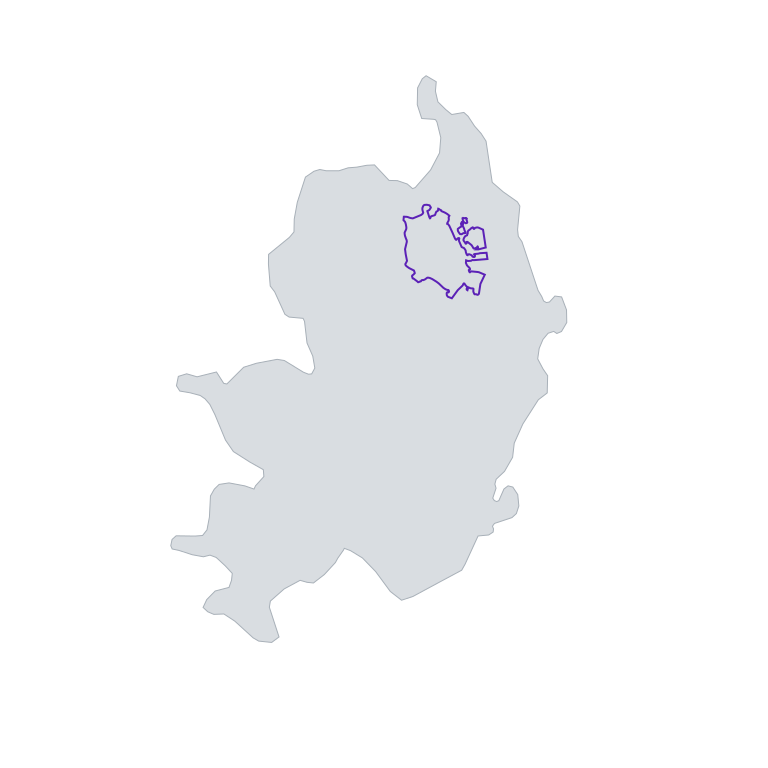 where Fribourg sits in Switzerland, rotated 121°
{"feature_id": "CHE-3421", "entity_name": "Fribourg", "entity_type": "Canton", "adm_level": 1, "iso_a3": "CHE", "parent_name": "Switzerland", "parent_adm1": "", "projection": "albers", "projection_center": [7.007, 46.724], "detail": "fine", "context": "in_parent", "style": "outline", "palette": "violet", "viewbox_px": 768, "rotation_deg": 121, "n_neighbors": 0, "source": "natural_earth", "source_scale": "10m", "svg_char_len": 6878}
<svg xmlns="http://www.w3.org/2000/svg" viewBox="0 0 768 768"><g transform="rotate(121 384 384)"><path d="M547.2,247.4L551.1,249.7L560.3,257.6L558.6,271.7L549.1,294.5L544.2,312.9L544.1,326.9L545.3,333.4L547.2,333.2L557.1,333.9L562.1,333.7L578.0,337.0L590.9,342.0L593.6,347.8L595.5,354.8L611.0,364.0L628.6,369.6L634.4,367.3L654.9,343.7L663.4,347.2L668.9,359.0L669.0,365.4L664.1,389.8L663.6,402.8L669.1,411.2L670.0,417.8L668.7,424.0L660.1,424.9L648.4,422.1L638.2,412.1L630.8,413.6L624.5,416.5L621.6,426.5L619.1,438.5L620.3,445.0L625.1,449.8L629.1,460.4L632.3,474.2L634.5,480.6L632.4,483.5L626.4,485.6L621.2,484.0L611.7,467.7L607.3,461.5L600.2,460.6L588.0,465.1L569.3,475.1L561.6,475.3L555.0,473.6L548.6,465.9L543.0,450.8L541.0,441.3L537.4,441.7L525.2,439.3L519.6,443.3L520.0,458.9L519.5,478.3L513.7,491.0L497.3,513.2L491.2,522.8L488.9,529.7L488.5,535.6L491.4,545.7L495.2,555.4L492.4,561.0L483.4,564.2L476.9,558.4L474.1,547.9L460.0,533.8L466.0,521.7L464.9,518.7L441.9,512.9L431.9,504.0L417.9,488.3L415.2,481.5L415.4,459.2L414.5,453.8L412.6,451.2L406.0,451.5L396.8,459.4L388.5,471.1L371.2,484.4L369.4,487.2L375.5,499.8L375.3,504.8L361.3,525.2L358.6,532.0L340.6,544.9L332.3,549.7L307.0,540.6L300.0,539.5L288.8,545.9L272.9,551.9L247.1,557.9L237.7,553.6L233.2,549.5L231.0,543.4L224.5,532.5L217.2,526.1L212.2,519.1L205.4,511.4L201.1,505.0L206.9,484.5L202.8,477.3L200.6,467.1L201.8,460.1L199.5,458.4L176.5,454.3L157.3,455.4L143.6,462.2L132.3,473.4L130.9,475.9L131.6,477.9L137.0,488.4L127.5,499.3L112.9,507.7L102.6,508.4L98.1,506.7L98.0,494.9L106.6,490.7L114.4,483.1L117.0,472.3L118.1,464.7L110.1,455.4L111.2,449.8L116.3,439.2L119.3,429.7L123.3,421.6L139.3,408.4L155.4,395.1L157.9,380.8L159.2,363.4L161.5,359.2L182.9,349.0L188.3,344.9L191.0,339.0L207.8,319.5L224.4,300.2L227.8,293.8L230.6,290.0L230.6,286.8L228.5,284.4L220.6,282.8L217.9,276.6L226.5,265.7L237.2,259.0L247.6,258.9L251.7,261.9L251.5,265.6L256.0,269.5L263.9,270.7L273.6,269.3L283.3,265.2L289.2,255.4L292.6,248.0L307.6,239.5L318.0,243.6L346.7,244.4L367.6,241.9L380.6,236.0L396.8,235.7L407.8,238.8L409.7,238.3L412.7,237.4L415.6,234.3L425.8,232.0L427.1,229.4L426.7,226.8L424.8,225.5L412.2,227.1L407.4,225.2L406.0,220.5L409.9,212.4L419.1,205.6L426.9,203.8L432.6,205.5L446.6,217.5L450.0,217.8L451.8,215.5L454.7,214.2L459.5,216.5L465.0,224.0L465.9,225.1L496.7,221.7L503.6,221.5L524.9,234.2L547.2,247.4Z" fill="#d9dde1" stroke="#a8b0b8" stroke-width="1"/><path d="M257.8,349.1L259.0,349.4L259.4,349.8L259.5,350.1L259.6,351.3L260.4,352.5L260.2,353.2L258.9,354.9L258.2,355.4L256.5,356.2L256.3,356.5L256.3,357.0L257.0,358.3L257.3,359.0L257.5,359.8L257.6,361.0L257.9,362.9L257.7,363.9L257.4,364.9L256.5,366.8L256.6,367.3L257.0,367.5L257.6,367.5L259.0,367.3L265.5,369.1L275.6,370.0L276.3,374.2L275.7,375.7L274.5,376.7L273.7,377.1L273.0,377.1L272.5,376.8L272.3,376.6L272.4,376.1L272.2,375.9L271.4,375.8L270.5,376.6L270.3,377.2L270.7,378.0L271.1,379.9L271.0,382.6L269.6,388.8L269.3,391.7L269.2,396.6L269.5,399.3L270.0,400.7L270.3,401.3L270.7,401.7L272.9,402.6L273.5,402.9L274.7,403.8L275.2,404.8L275.6,405.1L276.1,405.3L276.6,405.2L277.0,405.3L277.4,405.6L277.7,406.0L278.0,406.3L278.5,406.5L279.0,406.9L279.2,407.2L278.9,408.5L278.4,413.1L278.7,413.8L278.2,414.4L277.1,415.6L276.2,415.6L275.0,415.1L273.2,414.7L272.6,415.2L271.3,416.8L271.7,422.2L271.5,424.8L271.2,426.4L270.6,427.2L270.1,427.5L268.9,427.5L266.6,427.7L261.5,432.3L257.6,435.4L250.3,437.7L249.0,438.7L248.1,440.0L246.1,442.4L244.7,443.6L243.6,444.3L239.9,444.7L238.9,445.1L238.1,445.6L235.9,447.5L234.6,448.9L234.2,449.5L234.0,450.0L233.5,451.7L230.5,453.1L230.4,452.8L230.0,452.6L229.7,451.9L229.3,451.2L228.9,450.4L228.6,449.4L228.5,448.7L228.1,446.8L227.2,444.6L220.1,439.3L218.4,438.6L217.0,438.6L215.1,440.6L214.2,441.3L213.1,441.8L211.3,442.1L210.3,441.9L209.7,441.6L208.3,439.6L207.4,437.0L208.5,434.8L208.8,434.7L210.5,434.7L211.5,434.8L211.8,434.9L213.4,435.9L213.8,435.6L214.2,435.0L217.4,431.4L218.1,430.4L218.3,429.9L218.1,429.8L217.6,429.8L216.6,430.1L216.1,430.0L215.2,429.3L213.7,427.9L213.1,427.5L212.6,427.3L211.1,427.7L209.3,427.9L208.3,427.2L207.5,427.1L206.9,427.3L205.8,427.8L205.7,427.5L205.7,426.9L205.8,426.1L205.8,425.4L205.7,424.9L205.7,424.4L205.8,424.3L206.1,424.1L206.2,423.7L206.1,422.7L205.9,421.7L205.7,419.6L205.7,417.4L205.8,416.6L206.1,414.6L207.7,414.5L209.7,413.1L211.2,412.7L213.1,412.7L213.9,412.5L214.2,412.3L214.1,412.0L213.9,411.7L214.0,411.5L214.7,409.6L219.1,403.1L222.8,398.0L223.3,396.5L223.2,396.3L221.5,395.9L221.1,395.7L220.6,395.4L220.3,394.7L220.5,394.4L222.1,393.9L222.6,393.5L223.1,392.9L226.6,388.0L226.3,385.4L227.1,383.5L227.5,382.8L228.1,382.3L228.9,381.7L230.1,380.2L230.6,379.4L230.6,378.8L230.5,378.6L230.4,378.6L229.7,378.8L229.4,378.5L228.9,377.8L228.6,376.1L228.6,375.3L228.8,374.5L229.2,373.7L229.1,372.9L228.8,372.3L228.5,371.9L228.2,371.8L227.9,371.8L227.4,372.0L227.1,372.2L226.8,372.4L226.8,372.8L226.8,373.1L226.6,373.4L226.5,373.6L226.2,373.5L225.9,373.2L223.8,370.4L223.0,369.6L222.6,369.3L218.7,363.7L223.6,359.7L231.6,370.8L232.2,372.1L233.6,372.9L235.4,375.5L235.6,376.9L235.7,377.3L238.0,376.2L239.0,374.8L239.4,374.3L239.7,373.5L240.0,372.6L240.3,370.9L240.7,370.0L241.2,369.4L241.6,369.3L241.9,369.4L242.3,369.9L242.6,370.0L242.8,369.9L243.8,368.8L244.0,368.3L244.0,367.9L243.2,367.6L242.7,367.3L242.4,367.0L239.8,361.5L239.3,360.2L238.4,353.9L248.6,352.9L254.9,350.3L257.8,349.1ZM214.6,367.1L220.0,372.4L220.4,373.0L220.8,373.7L220.6,373.6L220.3,373.3L220.0,373.1L219.8,373.1L218.9,373.5L218.5,373.7L218.1,374.1L217.9,374.6L218.1,374.7L218.5,374.7L219.1,374.8L219.8,375.1L221.2,376.2L221.6,376.8L221.5,377.4L220.8,378.6L220.2,379.8L219.9,380.4L219.8,381.0L219.7,381.7L219.2,385.5L219.4,386.0L219.6,386.2L220.6,385.7L221.4,385.9L221.6,386.1L221.6,386.5L221.0,387.4L220.1,389.6L219.7,390.0L219.4,390.2L218.4,390.5L217.8,390.6L216.0,390.6L215.4,390.5L214.9,390.2L214.2,389.7L213.7,389.4L212.8,389.7L212.2,389.7L211.3,390.0L210.6,390.6L209.5,390.7L209.1,390.7L208.6,390.5L207.2,389.9L206.7,389.7L206.2,389.7L205.8,389.6L204.2,388.8L204.0,388.6L204.1,388.2L204.5,387.8L204.7,387.3L204.8,387.0L204.6,386.6L204.4,386.5L203.8,386.5L203.5,386.5L203.2,386.3L201.8,384.8L201.3,383.5L200.7,378.6L214.6,367.1ZM212.6,392.0L213.3,392.7L213.8,393.7L214.6,394.0L215.6,394.6L216.3,396.0L215.8,397.4L214.9,399.2L214.0,400.1L213.0,400.6L211.8,400.1L210.8,399.7L209.3,398.9L208.4,399.2L206.9,400.6L205.8,400.7L205.0,400.7L204.7,399.9L205.1,399.5L205.8,398.9L206.8,398.4L208.2,397.8L208.7,396.6L209.9,395.0L210.6,394.4L211.4,393.2L212.0,392.4L212.6,392.0ZM203.3,395.9L204.1,396.7L204.2,398.1L203.9,399.5L203.0,400.7L202.4,401.3L201.5,402.1L200.9,401.8L200.6,400.6L199.9,399.9L199.4,399.0L199.7,398.1L200.6,398.1L201.4,397.0L202.5,395.9L203.3,395.9ZM260.6,360.8L260.6,361.4L260.5,361.7L260.2,362.0L259.8,362.2L259.5,362.2L259.1,362.3L258.7,361.3L260.6,360.8Z" fill="none" stroke="#5b21b6" stroke-width="2"/></g></svg>